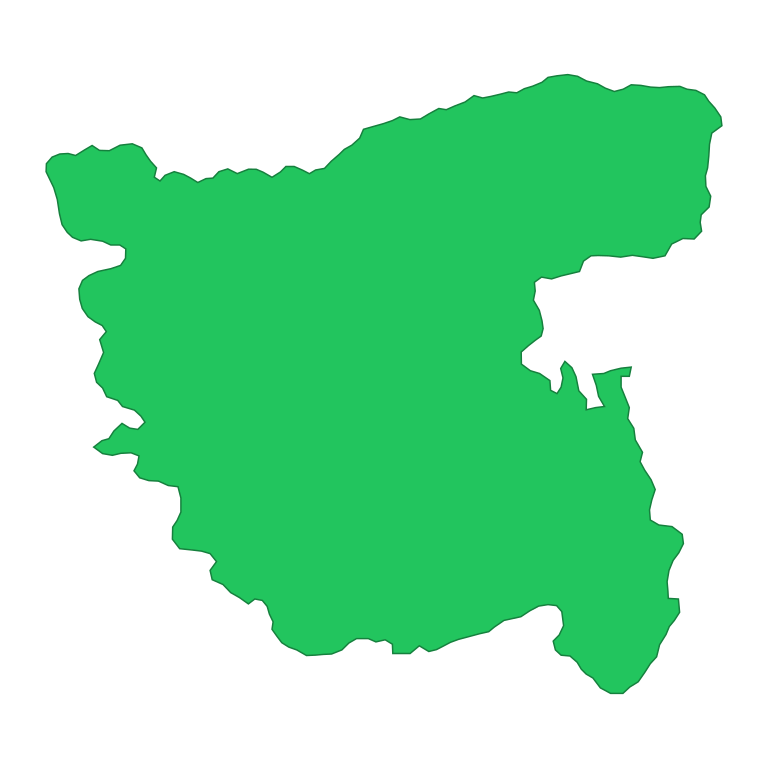 outline of Madre de Deus de Minas, Minas Gerais, Brazil
{"feature_id": "56859067B30522908877302", "entity_name": "Madre de Deus de Minas", "entity_type": "district", "adm_level": 2, "iso_a3": "BRA", "parent_name": "Brazil", "parent_adm1": "Minas Gerais", "projection": "mercator", "projection_center": [-44.329, -21.491], "detail": "fine", "context": "isolated", "style": "filled", "palette": "green", "viewbox_px": 768, "rotation_deg": 0, "n_neighbors": 0, "source": "geoboundaries", "source_scale": "gbopen_adm2", "svg_char_len": 3831}
<svg xmlns="http://www.w3.org/2000/svg" viewBox="0 0 768 768"><path d="M667.9,591.0L667.1,581.7L669.0,570.4L673.1,560.4L678.8,552.8L683.4,543.6L682.2,534.3L672.0,526.6L658.8,525.0L650.3,520.0L649.5,509.9L651.8,499.9L655.2,489.5L651.1,479.8L644.7,470.2L640.1,461.7L642.5,452.3L635.3,439.9L633.8,428.3L627.7,418.6L629.3,407.6L625.8,398.8L621.1,387.2L621.1,376.3L629.3,376.3L631.2,367.1L621.0,368.2L610.6,370.7L603.8,373.5L592.5,374.3L596.3,385.4L598.6,396.4L604.5,406.5L595.6,407.6L586.2,409.8L586.5,399.3L578.8,390.8L576.0,376.7L571.9,367.7L564.9,361.4L560.7,368.5L563.0,377.9L561.1,387.2L557.0,393.6L550.6,390.3L549.9,380.6L539.6,373.5L530.3,370.7L521.4,364.1L521.2,352.0L528.5,345.6L535.1,340.4L541.2,336.0L543.1,328.6L542.0,320.8L539.3,310.3L533.4,300.2L535.2,291.0L534.4,282.3L541.5,277.1L551.6,278.9L561.1,275.9L571.2,273.5L579.5,271.5L583.5,261.1L591.0,255.8L598.2,255.5L608.6,255.8L620.7,257.1L632.4,255.3L641.7,256.6L653.0,258.3L665.0,255.8L671.7,244.0L682.9,238.5L694.2,239.0L701.6,231.2L700.2,222.4L701.2,214.8L709.1,207.0L710.7,196.2L705.9,186.4L705.4,175.8L707.6,167.9L708.8,156.0L709.5,144.2L711.8,133.1L721.9,125.7L720.8,116.9L714.8,108.0L708.8,101.3L704.5,94.8L695.9,90.4L687.0,89.2L679.9,86.4L668.6,86.7L659.6,87.6L650.6,87.1L640.9,85.4L631.2,84.8L623.2,89.2L614.3,91.5L605.4,88.2L597.5,83.8L586.5,81.0L577.6,76.3L567.8,74.6L557.0,75.8L548.0,77.4L542.0,82.3L532.6,86.2L524.3,88.7L516.8,92.8L508.7,92.0L501.1,94.0L491.0,96.4L482.7,98.0L474.0,95.6L465.1,102.0L455.4,105.7L446.3,109.7L438.8,108.5L429.2,113.7L420.4,119.0L409.9,119.6L399.8,116.9L392.4,120.6L382.9,123.8L373.3,126.5L363.5,129.3L359.7,138.1L351.8,145.2L344.3,149.4L339.2,154.4L331.3,161.2L324.5,168.4L315.6,170.0L309.4,173.7L302.4,170.1L294.2,166.5L285.9,166.5L280.4,172.0L272.0,177.3L263.1,172.2L256.3,169.3L248.5,169.2L237.3,173.6L227.8,168.9L218.9,171.7L212.9,178.1L206.0,178.6L197.8,182.5L190.7,178.1L183.7,174.4L174.2,171.7L165.1,175.3L160.0,181.0L154.3,177.2L156.5,167.9L150.5,161.2L146.0,154.8L141.9,147.9L132.3,143.8L120.1,145.2L109.3,150.7L99.5,150.4L92.1,145.5L84.6,149.9L75.6,155.5L68.1,153.5L59.8,154.0L52.1,157.1L46.4,163.7L46.1,171.7L53.8,187.7L57.3,199.5L59.5,213.9L62.1,224.7L67.3,232.4L72.5,237.3L81.1,240.9L90.6,239.3L102.6,241.2L110.8,245.0L119.8,245.0L125.8,248.9L125.5,258.3L120.6,265.4L110.8,268.7L97.8,271.5L89.0,275.6L82.5,280.4L78.9,288.8L79.7,299.3L82.3,308.5L88.0,316.7L95.2,321.9L102.2,325.5L106.3,331.6L99.7,339.6L103.6,352.5L98.5,364.3L94.3,373.4L96.6,382.3L102.6,388.0L106.7,396.7L117.7,400.4L122.5,406.5L134.4,410.1L140.9,416.1L145.0,422.2L137.8,429.4L129.6,428.1L122.0,423.4L113.9,431.0L108.9,438.7L101.9,440.7L93.7,447.1L102.6,453.6L112.4,455.3L120.9,453.3L131.1,452.8L139.0,455.9L137.5,464.1L134.0,470.8L139.7,477.8L148.8,480.6L158.4,481.1L168.2,485.5L178.0,486.7L180.9,498.0L180.9,512.1L177.1,520.5L172.7,527.1L172.4,539.2L179.7,548.7L192.3,550.0L201.5,551.1L210.1,553.6L216.5,561.6L210.1,570.4L212.2,579.7L223.0,584.5L230.7,592.6L239.5,597.6L248.4,603.9L254.8,599.0L262.3,600.4L267.2,606.4L269.4,614.1L273.1,621.8L272.0,629.3L276.9,636.2L281.8,642.7L288.8,647.1L296.7,649.9L306.5,655.5L315.6,655.1L323.3,654.4L331.6,654.0L341.9,649.9L348.9,643.0L356.5,638.6L368.4,638.6L375.9,641.9L385.2,639.8L392.4,644.2L392.8,653.5L401.3,653.5L410.1,653.5L419.3,645.8L428.8,651.5L436.5,649.6L442.9,646.3L450.5,642.3L458.4,639.4L466.3,637.3L479.7,633.7L488.7,631.7L494.4,627.0L504.0,620.4L520.9,616.7L529.8,610.8L538.6,606.1L548.0,604.6L556.6,605.6L561.8,611.6L563.6,625.7L559.2,635.0L553.2,641.1L555.4,649.9L561.1,655.2L570.0,656.0L577.2,662.3L581.3,669.2L586.2,674.1L592.9,678.0L600.4,687.9L610.6,693.4L622.9,693.4L629.8,687.0L638.2,681.8L644.7,672.5L650.3,663.7L656.6,656.8L659.6,644.7L666.0,634.5L669.3,626.5L674.3,620.5L679.6,612.3L678.4,599.0L668.3,598.4L667.9,591.0Z" fill="#22c55e" stroke="#15803d" stroke-width="1.5"/></svg>